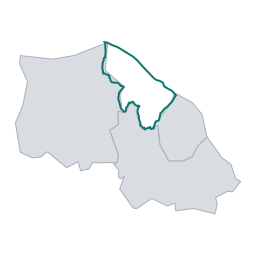 Liberia shown with its bordering countries, rotated 180°
{"feature_id": "LBR", "entity_name": "Liberia", "entity_type": "country or territory", "adm_level": 0, "iso_a3": "LBR", "parent_name": "Africa", "parent_adm1": "", "projection": "natural_earth1", "projection_center": [-9.107, 6.445], "detail": "fine", "context": "with_neighbors", "style": "outline", "palette": "teal", "viewbox_px": 256, "rotation_deg": 180, "n_neighbors": 3, "source": "natural_earth", "source_scale": "50m", "svg_char_len": 2911}
<svg xmlns="http://www.w3.org/2000/svg" viewBox="0 0 256 256"><g transform="rotate(180 128 128)"><path d="M138.9,93.4L163.6,93.2L166.9,87.1L175.2,85.2L178.0,94.1L189.5,88.4L208.8,104.2L215.1,99.0L223.5,98.2L235.7,103.6L240.6,133.2L233.1,150.7L228.5,174.3L236.4,192.2L235.6,200.4L203.3,196.8L182.0,200.5L148.3,213.6L150.8,185.6L132.2,169.7L136.1,160.5L134.3,150.4L135.2,144.4L138.0,144.3L137.7,131.2L146.1,125.8L137.5,100.5L138.9,93.4Z" fill="#d9dde1" stroke="#a8b0b8" stroke-width="1"/><path d="M41.1,42.2L62.5,47.5L80.2,45.2L81.2,52.8L88.7,50.0L104.3,57.6L119.2,47.4L122.8,48.0L136.3,67.0L131.9,79.2L135.7,77.2L137.9,79.6L137.0,85.8L142.5,91.8L138.9,93.4L137.5,100.5L146.1,125.8L137.7,131.2L138.0,144.3L130.1,143.8L126.4,152.2L121.4,152.1L117.9,147.7L119.1,139.3L111.6,126.5L98.1,130.5L96.0,111.4L87.2,95.2L72.8,95.1L63.7,99.5L58.5,109.8L48.9,119.0L34.2,98.5L25.1,91.6L20.5,77.8L15.4,74.4L23.4,64.2L28.8,64.6L40.3,58.3L38.8,51.4L41.1,42.2Z" fill="#d9dde1" stroke="#a8b0b8" stroke-width="1"/><path d="M48.9,119.0L58.5,109.8L63.7,99.5L72.8,95.1L87.2,95.2L96.0,111.4L98.1,130.5L103.0,129.3L86.6,150.4L81.3,163.1L63.5,153.2L54.2,142.0L48.9,119.0Z" fill="#d9dde1" stroke="#a8b0b8" stroke-width="1"/><path d="M80.1,160.6L81.0,159.7L82.4,156.7L84.4,153.8L86.2,152.1L87.7,150.3L89.2,149.0L91.4,147.4L94.7,143.3L95.5,142.8L96.1,140.0L96.9,136.3L97.9,135.2L100.2,134.5L100.7,133.9L101.5,131.3L102.0,128.3L102.1,127.7L103.0,127.6L104.5,127.0L105.4,127.3L105.8,128.1L106.0,128.9L110.7,127.0L111.1,126.6L111.3,126.7L111.9,128.3L112.2,128.2L112.5,127.8L112.8,127.7L113.2,127.9L113.6,128.7L114.2,129.4L115.2,129.9L115.8,130.6L115.7,132.4L116.0,134.1L116.4,134.5L116.6,135.6L116.8,136.7L117.0,137.3L117.2,138.5L117.1,139.7L117.3,140.6L118.0,142.1L118.5,144.0L118.5,145.3L118.2,146.7L117.7,148.0L116.8,149.4L116.8,150.0L117.3,150.3L118.1,150.4L118.7,150.1L120.4,150.8L121.2,151.7L122.0,152.9L122.7,153.4L123.0,154.2L124.2,154.0L125.5,153.3L125.8,152.9L126.2,153.1L127.1,153.2L127.7,151.9L128.2,150.5L129.3,148.9L129.8,148.3L129.9,147.3L130.0,146.0L130.3,144.9L131.2,144.3L132.2,144.3L132.7,144.5L132.9,145.6L133.7,146.4L134.3,147.0L134.7,147.3L135.2,147.9L135.7,150.1L137.7,157.1L137.6,159.0L137.2,160.3L137.2,161.6L137.1,162.8L135.9,164.8L132.2,168.9L132.5,169.3L133.4,169.7L134.3,170.0L135.0,169.9L135.9,170.9L136.9,172.2L137.9,172.8L139.4,173.4L140.7,173.5L141.8,173.3L143.4,173.5L145.1,174.6L145.7,176.4L146.1,177.9L146.7,178.7L146.7,180.0L147.9,181.2L149.6,181.4L151.8,182.8L152.4,182.7L152.6,182.5L152.9,182.8L153.4,186.8L153.9,188.9L153.6,189.7L153.4,190.4L153.3,193.6L152.3,195.4L152.2,197.4L151.9,198.1L150.8,198.6L150.8,200.2L150.6,202.1L150.4,204.0L150.7,209.2L150.8,213.1L151.3,213.8L149.2,213.5L143.1,210.6L138.4,208.9L122.7,199.2L118.4,195.3L113.3,189.5L102.2,177.9L99.6,176.0L96.4,175.1L94.4,174.1L93.0,173.0L91.9,169.8L89.1,167.9L83.9,165.1L80.1,160.6Z" fill="none" stroke="#0f766e" stroke-width="2"/></g></svg>